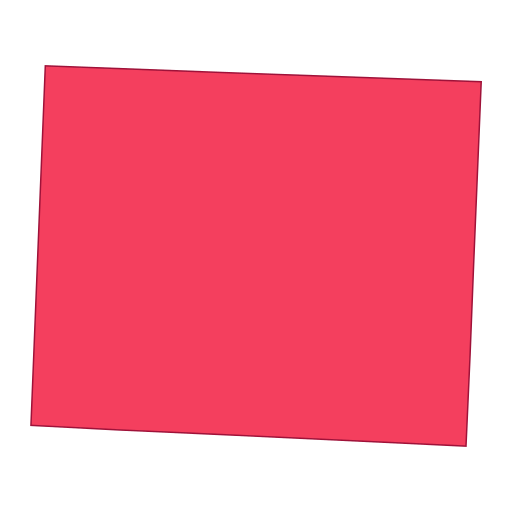 outline of Knox, Illinois, United States of America, rotated 272°
{"feature_id": "52423323B87392879787179", "entity_name": "Knox", "entity_type": "district", "adm_level": 2, "iso_a3": "USA", "parent_name": "United States of America", "parent_adm1": "Illinois", "projection": "natural_earth1", "projection_center": [-90.27, 40.932], "detail": "fine", "context": "isolated", "style": "filled", "palette": "rose", "viewbox_px": 512, "rotation_deg": 272, "n_neighbors": 0, "source": "geoboundaries", "source_scale": "gbopen_adm2", "svg_char_len": 283}
<svg xmlns="http://www.w3.org/2000/svg" viewBox="0 0 512 512"><g transform="rotate(272 256 256)"><path d="M78.9,37.0L77.4,124.0L76.2,240.1L73.3,472.5L164.5,473.4L255.5,473.8L438.0,475.0L438.2,213.3L438.7,38.8L78.9,37.0Z" fill="#f43f5e" stroke="#9f1239" stroke-width="1.5"/></g></svg>